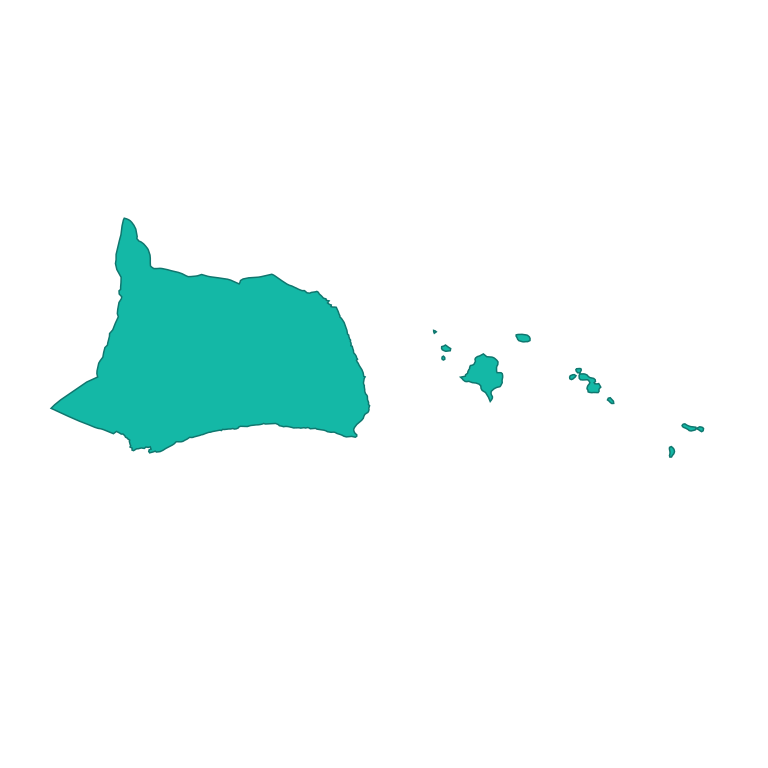 Kaeb, Kep, Cambodia, rotated 281°
{"feature_id": "14789045B37370397224280", "entity_name": "Kaeb", "entity_type": "district", "adm_level": 2, "iso_a3": "KHM", "parent_name": "Cambodia", "parent_adm1": "Kep", "projection": "natural_earth1", "projection_center": [104.317, 10.472], "detail": "fine", "context": "isolated", "style": "filled", "palette": "teal", "viewbox_px": 768, "rotation_deg": 281, "n_neighbors": 0, "source": "geoboundaries", "source_scale": "gbopen_adm2", "svg_char_len": 6166}
<svg xmlns="http://www.w3.org/2000/svg" viewBox="0 0 768 768"><g transform="rotate(281 384 384)"><path d="M273.8,173.6L274.9,177.1L276.7,179.6L279.1,182.1L283.7,187.9L285.3,189.5L287.7,191.1L288.5,195.7L289.3,197.5L291.1,199.6L292.3,201.2L294.6,203.4L294.7,205.0L295.1,206.5L295.9,207.8L298.4,213.0L299.3,214.4L299.8,215.8L301.3,218.1L303.1,221.2L303.7,223.1L304.6,224.7L307.4,231.8L307.3,233.3L308.6,234.1L308.9,236.1L310.2,240.1L310.6,242.1L311.5,244.2L311.2,245.6L311.8,247.5L312.9,249.2L314.3,249.9L315.1,251.2L316.2,258.0L317.8,261.0L319.5,266.4L320.0,268.5L320.7,270.5L321.5,272.2L322.3,273.4L322.1,275.2L324.6,285.2L323.9,288.2L323.1,289.2L323.1,291.8L322.9,293.6L323.5,295.1L323.8,296.7L323.9,298.4L323.8,302.0L323.6,303.5L324.8,308.8L324.8,310.7L325.9,313.8L325.8,315.4L326.7,317.3L326.6,318.9L326.0,320.2L327.4,325.3L326.9,326.7L327.2,334.0L326.9,336.1L326.4,337.5L326.5,341.3L327.1,343.4L327.2,345.0L326.5,347.2L326.0,351.3L325.7,352.8L325.1,354.5L324.9,357.1L326.4,362.3L326.3,366.0L327.5,367.2L328.9,367.0L330.2,364.9L331.3,363.9L332.6,363.2L334.0,362.9L335.8,363.4L339.1,365.0L344.1,369.0L346.4,370.2L348.4,370.4L350.5,371.0L352.0,372.4L352.9,373.5L354.1,374.0L355.9,374.2L357.3,373.7L360.0,374.0L360.9,372.7L362.9,372.4L365.5,370.8L368.8,370.0L369.9,369.1L370.7,368.0L372.0,367.1L373.4,366.4L374.7,366.2L377.4,365.2L378.7,365.0L380.1,364.0L381.3,363.6L385.6,363.5L387.4,364.1L387.6,362.7L391.0,361.4L393.8,359.6L397.4,356.2L399.6,354.6L400.5,353.5L402.1,352.4L403.3,353.3L404.5,352.1L405.9,351.5L407.6,349.9L408.7,348.4L409.9,347.9L411.1,347.6L412.6,346.7L415.0,345.6L415.3,344.1L416.7,344.2L418.1,343.7L419.4,342.8L420.7,342.8L421.6,341.7L424.0,340.4L425.3,340.0L426.0,338.7L429.7,337.3L436.8,333.1L439.8,330.2L440.7,329.1L441.4,327.9L442.7,327.6L443.8,326.7L446.4,325.2L450.2,322.5L450.1,321.0L449.7,319.0L449.9,317.2L451.5,317.2L451.7,315.4L452.8,313.1L455.1,314.2L455.1,311.5L456.5,310.8L456.7,308.2L458.6,305.7L460.0,303.3L461.5,302.0L462.1,300.4L461.4,299.1L460.0,295.1L459.0,293.8L458.8,291.1L460.5,288.1L460.0,285.7L460.6,282.5L462.6,274.8L462.9,272.2L463.6,269.6L465.8,264.2L469.4,256.1L470.0,254.4L470.3,252.9L465.8,242.7L464.9,240.3L462.4,230.9L460.2,225.6L458.2,223.4L456.0,223.2L454.6,222.7L456.7,213.7L457.0,210.5L456.6,201.1L456.1,193.1L456.1,190.5L456.7,184.1L454.6,180.3L453.9,178.3L452.6,173.9L452.0,171.3L452.4,169.3L453.7,164.9L454.3,161.0L454.6,153.4L454.9,149.8L455.0,144.1L454.8,142.0L453.9,138.7L453.4,136.0L454.5,133.4L455.4,132.2L458.2,131.5L462.8,130.6L465.9,129.7L470.4,127.2L471.8,126.1L473.8,123.8L475.7,121.3L477.1,118.4L477.6,116.1L479.6,113.6L481.6,113.6L488.7,110.8L492.1,108.2L494.5,105.6L495.7,103.9L496.5,102.1L497.0,99.8L497.2,97.4L495.3,96.9L489.3,96.7L480.4,97.3L474.7,96.9L460.1,96.3L454.8,97.3L451.0,97.4L445.4,99.9L438.6,105.6L433.1,106.5L429.4,106.9L426.6,107.4L424.9,106.1L421.8,106.9L419.6,109.9L417.5,109.9L413.5,108.3L406.3,108.4L402.2,108.8L399.3,110.4L392.5,108.7L385.4,107.4L381.2,105.0L378.4,105.4L371.6,105.0L369.4,105.1L366.5,103.1L361.4,102.8L356.7,102.9L352.8,101.0L350.0,100.0L342.1,99.8L339.3,100.2L336.2,101.6L329.2,91.8L306.8,69.7L300.8,64.7L296.6,61.8L292.0,80.5L289.4,92.1L287.6,102.1L286.3,108.4L285.9,112.0L286.0,114.8L285.7,117.3L283.6,127.9L286.4,130.4L285.5,133.6L284.7,135.6L285.1,137.3L283.8,139.4L282.5,140.4L282.0,142.1L281.0,143.4L280.4,145.1L279.0,145.0L276.3,146.3L275.2,147.1L273.7,146.7L273.0,148.9L271.0,149.3L270.8,150.9L273.2,153.5L273.5,155.0L274.9,157.9L275.0,161.0L276.7,162.3L276.8,164.8L277.8,166.5L275.6,167.8L274.7,166.1L272.9,165.9L271.7,167.1L273.5,170.8L274.4,172.2L273.8,173.6ZM407.2,462.4L405.3,457.8L404.0,459.9L403.1,460.9L402.0,463.2L402.1,464.8L402.8,466.7L402.2,470.4L402.5,474.1L402.0,477.3L400.7,479.3L398.0,480.2L396.4,481.6L395.0,485.3L390.9,489.1L387.1,491.6L389.3,492.7L391.0,493.1L392.4,492.8L393.7,491.6L395.3,490.8L397.3,490.7L400.0,492.7L401.0,493.8L402.2,495.4L403.5,498.3L404.6,498.9L407.8,499.8L410.1,499.2L413.4,499.2L415.1,498.8L416.7,498.1L417.4,496.8L417.2,495.3L416.7,492.9L417.9,492.1L421.8,491.3L423.4,491.5L424.7,492.0L427.4,491.7L428.7,490.4L430.0,488.3L430.7,486.8L431.0,484.8L430.4,479.7L432.5,475.8L429.8,472.5L428.7,470.4L427.0,468.9L425.7,468.6L423.7,469.4L420.7,468.6L419.4,467.3L418.6,465.3L416.7,464.9L415.4,465.1L414.2,464.5L412.3,464.0L410.5,464.0L408.6,462.3L407.2,462.4ZM429.6,584.8L430.4,583.0L431.5,581.8L432.0,579.9L432.1,578.4L431.6,576.0L431.1,574.2L429.4,573.9L426.8,574.6L425.7,576.1L425.9,578.4L427.0,582.8L426.5,584.2L424.7,585.8L423.3,585.5L421.5,584.5L419.6,584.1L418.0,584.2L417.0,585.3L415.2,585.9L415.0,587.4L415.1,589.5L415.7,591.5L416.4,595.8L417.9,596.5L419.7,596.0L421.2,596.6L422.3,597.4L425.4,594.7L424.7,593.1L424.5,590.8L425.5,590.0L426.7,591.1L428.5,590.5L429.5,588.8L429.6,584.8ZM456.5,518.7L457.9,517.8L459.2,515.6L459.3,514.1L459.1,510.1L458.2,506.1L457.5,504.4L456.3,504.5L454.7,505.9L453.5,506.6L452.3,508.1L451.9,511.7L452.0,513.1L452.7,515.4L453.0,517.0L454.5,519.0L456.5,518.7ZM399.9,699.1L401.1,698.3L400.7,693.2L401.0,690.8L401.5,688.9L402.3,687.0L401.7,685.4L400.2,684.5L399.1,685.2L398.5,686.7L398.2,688.5L397.3,691.2L396.5,692.5L396.5,694.4L397.8,697.3L398.5,698.5L399.9,699.1ZM431.5,442.7L432.2,440.7L434.0,436.9L432.7,435.5L431.7,433.5L430.0,433.7L428.7,434.7L428.1,436.9L427.9,438.4L429.3,442.7L431.5,442.7ZM377.4,677.9L376.3,676.4L374.8,676.5L371.9,677.7L370.1,678.0L368.2,677.9L366.8,678.6L367.2,680.2L368.8,680.7L370.8,681.8L373.0,682.1L374.5,681.5L375.6,680.8L376.7,679.4L377.4,677.9ZM429.5,569.0L429.1,567.5L427.7,565.3L426.2,564.9L424.6,565.4L424.1,567.1L424.9,568.4L427.4,570.4L428.8,570.9L429.5,569.0ZM399.9,699.1L399.1,701.7L398.3,703.4L397.8,704.9L399.0,706.2L401.2,706.2L402.1,705.1L402.3,703.5L402.2,702.0L399.9,699.1ZM410.9,612.5L413.7,608.7L412.9,606.9L411.0,606.4L410.2,608.1L408.9,609.9L408.3,611.4L408.8,613.2L410.9,612.5ZM436.6,574.3L436.5,572.9L435.7,570.1L434.6,569.6L433.1,570.4L431.9,572.2L432.5,574.3L435.4,575.0L436.6,574.3ZM421.7,438.5L422.7,437.0L421.8,436.0L420.4,435.9L419.2,436.5L418.9,437.9L420.0,439.0L421.7,438.5ZM445.9,424.1L446.1,422.5L444.8,422.8L443.4,423.7L445.2,425.4L445.9,424.1Z" fill="#14b8a6" stroke="#0f766e" stroke-width="1.5"/></g></svg>